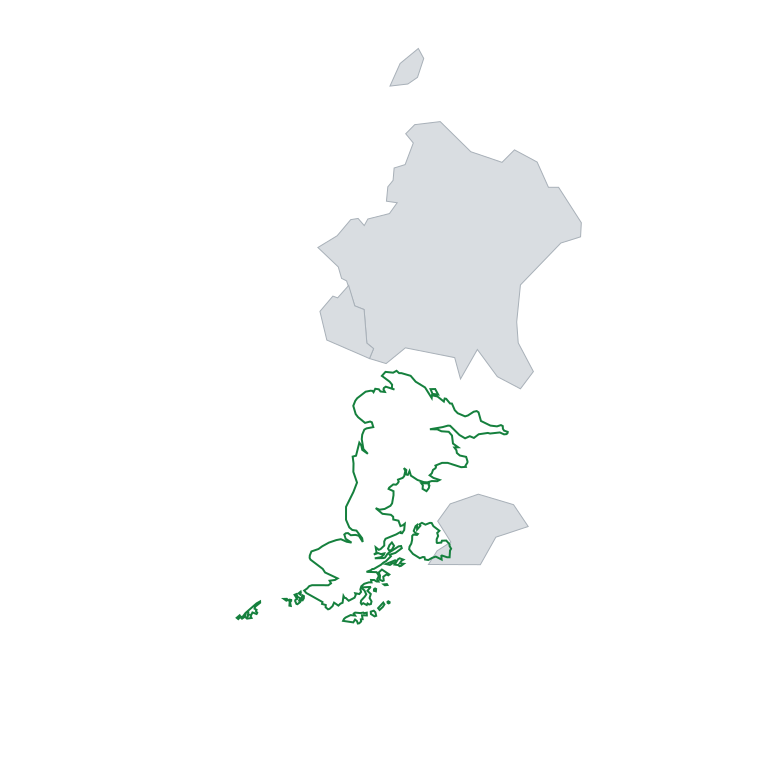 United Kingdom and the surrounding countries, rotated 222°
{"feature_id": "GBR", "entity_name": "United Kingdom", "entity_type": "country or territory", "adm_level": 0, "iso_a3": "GBR", "parent_name": "Europe", "parent_adm1": "", "projection": "orthographic", "projection_center": [-4.115, 55.427], "detail": "fine", "context": "with_neighbors", "style": "outline", "palette": "green", "viewbox_px": 768, "rotation_deg": 222, "n_neighbors": 3, "source": "natural_earth", "source_scale": "50m", "svg_char_len": 7275}
<svg xmlns="http://www.w3.org/2000/svg" viewBox="0 0 768 768"><g transform="rotate(222 384 384)"><path d="M486.2,434.1L496.3,440.4L524.5,441.2L518.0,462.8L518.7,483.9L514.0,489.7L504.7,488.5L506.4,495.8L494.0,514.3L495.5,527.5L504.5,521.5L513.1,533.1L513.5,541.4L521.0,551.3L515.1,561.2L523.5,582.7L535.3,584.5L534.7,597.3L517.8,616.6L474.9,614.7L444.6,627.7L443.7,645.3L418.7,651.4L393.4,640.2L385.9,647.0L345.3,635.9L336.4,624.9L346.9,607.1L348.9,548.9L326.9,518.9L311.8,504.4L281.3,493.2L279.4,471.7L304.7,465.3L337.7,472.1L330.5,438.9L349.1,450.9L392.3,425.2L396.1,400.6L411.8,393.2L415.4,403.3L424.1,402.9L448.6,426.0L458.0,422.5L480.8,435.6L486.2,434.1ZM567.0,622.9L578.9,609.4L586.5,633.0L583.0,656.3L572.3,652.5L564.3,634.3L567.0,622.9Z" fill="#d9dde1" stroke="#a8b0b8" stroke-width="1"/><path d="M480.2,395.1L480.8,415.1L476.1,417.0L476.2,433.6L458.0,422.5L448.6,426.0L424.1,402.9L415.4,403.3L411.8,393.2L455.9,378.4L480.2,395.1Z" fill="#d9dde1" stroke="#a8b0b8" stroke-width="1"/><path d="M252.3,318.0L254.6,339.2L240.2,365.2L207.0,381.0L181.5,374.6L198.4,345.0L191.5,314.2L230.2,279.6L232.9,295.6L228.6,311.3L252.3,318.0Z" fill="#d9dde1" stroke="#a8b0b8" stroke-width="1"/><path d="M319.6,381.1L314.0,386.0L309.7,387.3L303.9,391.8L299.0,391.2L292.9,385.9L286.5,386.6L289.2,383.9L285.8,383.2L283.7,381.5L279.8,381.6L274.2,384.8L270.2,382.4L269.4,381.4L268.8,377.8L267.7,377.2L271.0,373.8L283.9,368.0L288.1,364.2L291.2,357.8L289.9,357.3L289.4,355.8L290.1,353.0L288.7,349.6L289.0,346.7L284.4,347.3L278.5,349.9L279.4,347.4L283.6,343.8L286.0,339.9L288.8,337.7L294.9,335.1L302.7,333.9L306.8,336.4L305.5,332.4L307.3,331.4L309.9,335.0L312.9,334.8L310.0,333.7L307.3,328.9L307.3,326.7L309.6,322.3L307.7,321.2L307.4,319.1L307.7,317.2L309.9,315.6L310.8,310.4L310.4,309.1L305.2,310.7L302.5,307.7L298.1,300.7L297.7,297.8L299.9,291.6L303.2,287.6L307.1,286.2L298.3,286.5L291.4,291.4L288.4,291.5L286.4,289.5L281.8,292.1L276.7,289.4L275.5,291.6L275.1,294.1L271.3,289.0L270.7,285.2L271.7,284.5L272.7,285.2L274.3,280.4L279.3,270.0L278.5,267.2L275.7,264.1L276.1,259.0L276.9,257.3L280.9,257.1L276.7,253.7L277.4,250.5L275.3,254.4L272.5,255.5L270.4,258.4L269.9,257.2L270.4,253.2L274.2,248.3L267.7,254.5L267.1,255.8L267.8,260.2L267.5,261.9L264.5,273.1L262.9,275.0L260.9,273.9L262.5,266.1L265.6,260.9L263.6,260.6L264.0,253.4L264.9,251.0L265.3,247.6L267.8,239.8L268.9,238.6L269.2,236.8L271.3,232.7L263.6,239.2L260.1,238.3L259.0,236.9L258.5,234.4L255.9,233.5L257.5,232.2L260.1,231.8L262.5,229.7L260.5,228.2L262.5,226.5L265.0,222.3L265.5,218.5L264.1,215.5L261.9,214.1L261.8,211.4L265.4,209.2L263.9,208.4L262.9,205.5L265.2,199.3L269.3,199.4L270.2,198.7L272.3,199.4L268.4,193.7L269.4,191.6L269.6,188.8L274.8,188.1L273.6,184.5L274.0,180.5L274.8,179.1L278.0,179.0L279.4,180.8L282.9,179.1L283.8,180.8L301.9,176.7L305.1,177.1L304.3,180.6L304.3,183.8L302.8,186.4L290.7,197.2L290.0,200.4L292.8,201.4L289.3,205.6L288.4,208.5L301.7,204.5L305.8,205.6L321.1,204.3L322.9,205.0L324.4,206.9L325.9,211.0L322.3,217.5L321.3,222.1L318.8,229.3L315.0,236.1L312.2,239.8L306.2,241.8L302.0,244.4L308.9,243.3L312.8,245.6L312.5,247.5L311.0,249.1L307.5,249.4L304.2,252.8L301.2,254.4L294.1,252.4L297.1,254.8L306.4,256.6L309.9,254.3L313.8,254.2L321.4,257.7L330.0,267.3L334.5,283.3L338.1,292.7L348.0,298.2L353.5,304.6L358.7,309.1L356.8,312.0L363.1,323.9L359.7,323.1L356.1,320.5L349.3,321.3L355.8,321.9L363.6,328.1L366.3,331.8L368.1,336.9L367.3,339.3L363.1,344.8L367.4,347.4L369.2,346.8L372.1,342.4L381.0,342.0L384.9,342.7L392.2,347.2L394.1,352.3L394.4,355.5L392.5,366.0L389.5,370.0L387.9,371.2L386.3,370.9L387.3,374.6L384.3,376.6L381.6,376.1L378.0,378.7L380.8,379.7L381.4,380.9L380.9,383.2L372.5,386.9L374.4,386.2L375.7,386.6L377.5,388.9L381.3,389.5L391.0,388.6L391.0,394.0L384.8,398.5L383.5,402.2L380.0,402.2L378.4,403.7L369.7,407.9L362.0,406.9L351.2,408.9L339.2,405.5L340.8,407.7L335.9,410.5L327.8,411.0L329.2,413.8L327.9,414.6L321.9,413.7L320.4,414.9L313.9,411.9L309.7,411.6L302.1,414.2L300.6,416.7L298.8,423.4L297.0,425.9L294.8,426.2L287.2,421.4L277.1,424.3L271.7,428.1L269.6,431.7L267.6,432.2L265.7,430.3L263.6,429.7L260.0,431.2L259.4,430.4L259.4,428.8L261.1,426.9L265.5,425.5L272.0,418.2L274.1,417.1L280.0,410.0L281.1,404.1L285.3,402.6L287.4,397.9L293.8,396.6L306.9,397.2L308.6,395.9L311.6,391.2L319.6,381.1ZM252.2,311.4L244.6,312.0L244.8,308.9L242.1,307.3L241.0,303.9L238.8,301.5L238.1,301.4L235.3,304.5L236.1,306.3L233.0,309.3L228.1,308.8L226.9,307.5L223.9,306.5L223.5,304.4L219.3,299.1L221.1,297.5L226.2,295.3L226.4,294.7L223.7,292.1L230.0,290.4L231.8,287.2L233.3,282.8L236.1,281.0L238.0,282.4L239.3,281.5L240.8,278.5L248.8,277.1L254.7,278.0L256.2,280.2L256.9,283.6L258.8,287.0L261.4,290.0L261.4,291.8L258.5,293.9L258.5,295.2L260.9,294.3L263.6,294.7L265.4,299.5L265.1,301.3L262.0,298.0L262.1,303.0L263.8,303.3L262.9,306.2L259.1,307.2L257.0,311.5L255.6,312.6L252.2,311.4ZM256.3,184.7L254.2,189.9L250.5,192.6L252.9,193.2L252.5,194.8L248.3,197.9L246.4,200.3L245.5,200.3L243.8,202.5L241.9,200.5L245.6,197.4L242.5,194.9L243.7,193.6L242.1,192.2L242.3,189.6L243.2,188.5L245.4,189.7L247.9,189.6L247.3,186.3L255.9,180.6L256.5,182.6L256.3,184.7ZM256.1,207.8L256.0,213.0L256.4,215.8L260.4,217.5L263.2,217.4L263.8,218.6L258.5,223.9L258.1,223.7L257.9,219.2L253.3,219.1L251.5,215.3L247.8,214.1L246.5,211.7L247.5,210.2L249.4,209.9L248.9,208.2L252.8,207.2L253.2,205.3L254.9,205.8L256.1,207.8ZM329.7,118.0L330.0,122.2L330.8,121.6L332.0,123.5L333.5,122.7L331.9,135.7L330.6,139.5L329.7,138.6L330.7,132.6L330.4,131.4L329.9,130.4L327.6,130.9L327.2,129.5L325.1,129.2L324.8,127.8L328.9,126.2L327.7,122.2L325.9,121.5L328.8,118.0L329.7,118.0ZM261.4,244.7L252.6,246.0L252.8,244.7L254.7,244.2L255.6,240.3L252.7,237.8L253.3,236.6L256.3,235.7L258.8,239.0L261.8,240.4L261.4,244.7ZM287.3,334.7L289.9,335.2L284.1,340.2L283.3,338.9L282.4,339.0L281.0,336.5L280.7,332.8L285.2,331.9L287.3,334.7ZM255.3,256.9L256.3,263.1L255.7,265.0L252.1,266.4L252.7,264.5L252.3,261.2L249.0,263.6L249.6,260.3L250.5,259.0L252.2,259.0L255.3,256.9ZM305.4,164.5L304.7,166.1L309.4,167.5L308.5,169.4L305.9,168.0L303.2,168.7L302.4,168.1L302.1,166.3L300.7,167.2L300.4,165.8L301.0,162.4L301.9,162.0L304.9,163.3L305.4,164.5ZM272.1,271.5L268.3,270.5L267.3,266.4L267.7,265.0L268.6,263.7L270.8,264.3L272.1,267.8L272.1,271.5ZM346.0,411.3L342.6,414.5L336.7,412.4L341.3,409.1L346.0,411.3ZM257.8,260.4L256.6,260.6L256.2,258.0L258.9,255.6L258.0,255.1L258.5,253.5L262.1,251.5L257.8,260.4ZM239.8,204.3L241.5,206.0L239.9,208.7L237.7,208.6L234.7,206.5L235.5,205.0L239.8,204.3ZM238.3,221.1L236.2,220.5L235.7,217.6L236.1,213.1L238.4,213.5L238.3,221.1ZM333.6,120.6L333.2,121.0L331.6,118.0L332.5,114.6L333.8,114.6L334.1,115.5L333.3,116.7L333.6,120.6ZM309.8,160.6L308.5,161.4L307.9,160.8L307.7,158.9L304.8,156.7L306.0,156.0L308.4,159.1L309.7,159.5L309.8,160.6ZM303.3,172.4L301.6,172.8L300.2,171.1L299.8,169.0L301.6,169.1L303.3,172.4ZM337.0,111.7L336.5,115.5L335.0,115.1L335.0,111.8L337.0,111.7ZM312.5,159.3L310.8,159.3L311.6,157.6L314.6,157.3L312.5,159.3ZM253.8,226.1L252.7,226.4L251.3,224.5L253.1,223.6L254.1,224.8L253.8,226.1ZM307.0,173.9L306.3,173.4L305.3,171.5L307.4,171.3L307.0,173.9ZM248.0,237.2L247.0,236.9L248.7,235.0L250.1,234.9L248.0,237.2ZM235.4,225.4L233.9,225.7L233.4,225.1L233.7,224.1L234.8,223.8L235.6,224.4L235.4,225.4Z" fill="none" stroke="#15803d" stroke-width="2"/></g></svg>